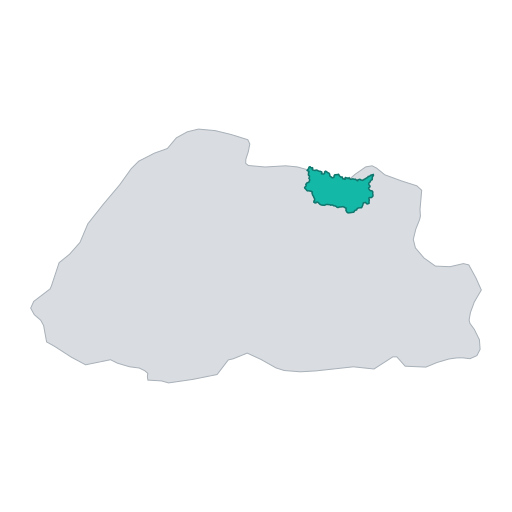 Kurtoe, Lhuntshi, Bhutan (highlighted)
{"feature_id": "84629894B57016809532633", "entity_name": "Kurtoe", "entity_type": "district", "adm_level": 2, "iso_a3": "BTN", "parent_name": "Bhutan", "parent_adm1": "Lhuntshi", "projection": "robinson", "projection_center": [90.998, 27.926], "detail": "fine", "context": "in_parent", "style": "filled", "palette": "teal", "viewbox_px": 512, "rotation_deg": 0, "n_neighbors": 0, "source": "geoboundaries", "source_scale": "gbopen_adm2", "svg_char_len": 7055}
<svg xmlns="http://www.w3.org/2000/svg" viewBox="0 0 512 512"><path d="M420.4,216.0L419.6,219.6L415.8,229.1L413.3,239.4L415.4,247.9L424.0,258.0L435.4,266.1L450.0,266.7L463.4,263.6L468.8,264.9L476.1,278.3L481.3,290.0L474.3,302.0L470.4,312.6L469.1,320.1L469.9,323.3L474.3,329.4L479.4,339.7L480.1,349.3L476.9,355.6L470.0,358.7L462.6,357.8L456.5,357.9L448.9,359.0L437.0,362.5L425.9,367.1L405.2,366.2L396.8,356.8L392.9,356.8L374.0,369.0L353.4,366.8L315.9,370.9L300.3,371.8L284.2,370.5L276.0,367.9L260.9,359.4L247.2,353.1L233.2,358.8L228.3,359.9L217.1,374.5L192.8,379.4L168.6,382.9L161.5,380.9L147.9,380.1L147.4,376.7L147.8,373.3L144.7,370.7L139.2,368.0L129.7,366.8L117.5,363.2L110.5,359.7L85.6,364.8L71.2,357.1L54.8,346.5L46.6,341.9L43.6,325.5L40.7,320.2L34.3,314.7L30.7,308.2L33.7,301.4L50.1,288.9L51.4,286.0L59.1,262.7L69.6,254.2L80.0,242.4L87.9,223.7L103.1,204.5L119.7,184.8L131.2,168.7L138.7,161.2L154.3,153.2L167.4,148.5L176.4,137.8L187.3,131.8L198.5,129.1L215.1,130.6L230.7,134.4L247.8,139.7L249.8,144.0L248.3,151.7L245.8,159.4L245.7,163.4L248.4,165.5L265.1,167.0L285.6,165.8L297.2,166.9L322.8,174.0L330.3,179.0L338.2,182.9L345.8,182.2L355.5,174.0L365.7,166.9L372.1,165.8L376.6,168.1L384.8,174.8L401.7,181.0L416.8,185.8L421.7,190.3L420.0,209.6L420.4,216.0Z" fill="#d9dde1" stroke="#a8b0b8" stroke-width="1"/><path d="M313.9,201.6L313.8,201.9L313.8,202.1L314.0,202.2L314.6,202.7L315.0,202.9L315.9,202.9L316.0,202.2L316.6,202.1L317.3,202.1L318.1,202.4L318.3,202.7L319.0,203.3L319.6,204.0L320.1,204.4L321.1,204.9L322.0,205.1L323.4,205.2L324.3,205.3L324.7,205.1L325.3,205.0L325.6,204.7L326.3,204.5L326.6,204.5L327.3,204.4L328.0,204.6L328.8,204.6L330.2,204.8L330.7,205.2L332.0,204.9L332.6,205.1L333.1,205.3L333.5,205.7L333.7,205.8L334.6,205.8L335.2,206.0L335.9,206.3L336.4,206.6L336.8,207.1L337.3,207.4L338.2,207.5L338.4,207.4L338.9,207.3L339.1,207.1L339.5,206.9L340.0,206.9L340.7,207.0L341.1,207.0L341.8,206.8L342.4,206.7L342.9,206.7L343.4,206.9L343.9,206.9L344.2,207.2L345.3,207.9L346.1,208.2L346.0,208.4L346.0,208.7L346.0,208.9L346.0,209.0L346.1,209.7L346.1,209.8L345.9,210.1L345.9,210.3L346.0,210.4L346.2,210.8L346.4,211.0L346.5,211.6L346.6,211.8L347.0,212.2L347.4,212.4L347.6,212.7L347.9,212.8L348.3,212.9L349.0,212.8L349.2,212.7L350.0,212.8L350.6,212.6L350.9,212.6L352.0,212.4L353.1,212.3L353.8,212.1L354.1,211.6L354.5,211.2L354.6,210.7L355.1,210.3L356.1,210.0L356.6,210.0L356.8,209.5L357.1,208.8L357.7,208.3L358.3,208.0L359.2,207.8L360.2,207.8L360.7,207.7L361.5,207.7L361.9,207.2L362.4,206.0L362.8,205.1L363.1,203.9L363.3,203.1L363.4,202.9L364.0,202.6L364.8,202.7L365.6,202.4L366.2,203.2L366.7,203.8L367.4,203.9L367.8,203.9L368.3,203.6L369.1,203.2L369.1,202.6L369.0,202.0L369.0,201.5L369.2,200.6L369.3,199.9L369.1,199.2L368.8,198.7L368.9,198.2L369.2,197.8L369.6,197.5L369.8,197.6L371.2,197.6L371.6,197.5L371.9,197.2L372.1,197.0L372.9,196.1L373.0,195.4L372.9,194.6L372.7,194.0L372.7,193.5L372.7,193.0L372.8,192.5L372.8,192.1L372.7,191.7L372.5,191.4L372.2,191.0L370.1,190.5L369.8,190.2L369.4,189.6L368.9,189.0L368.6,188.5L368.6,188.1L368.8,187.7L369.3,187.3L369.6,187.0L369.9,186.9L370.0,186.6L369.9,185.9L369.4,185.3L369.2,185.1L369.0,184.8L368.7,184.0L368.7,183.5L368.8,183.1L369.2,182.8L369.7,182.3L370.1,181.7L370.3,181.7L370.4,181.4L370.4,181.0L370.6,180.7L370.9,180.4L371.4,180.1L371.8,179.9L372.2,179.6L372.2,179.1L372.3,178.6L372.3,178.3L372.2,177.8L372.4,177.4L372.4,176.3L373.0,176.2L373.4,175.5L373.5,175.2L373.4,174.8L373.3,174.5L372.1,174.8L370.7,175.2L369.7,176.2L368.2,176.5L368.0,176.9L367.1,177.7L365.8,178.4L364.8,179.1L364.1,179.3L363.8,179.7L363.4,180.0L363.1,180.1L362.9,180.2L362.6,180.3L362.4,180.2L362.1,180.1L361.3,180.1L360.7,179.9L360.6,179.7L360.0,179.4L359.9,179.3L359.2,179.4L358.9,179.6L358.7,179.6L358.2,179.9L357.6,180.0L357.5,180.4L357.5,180.7L357.2,180.6L356.9,180.3L356.5,180.1L355.3,179.2L355.2,179.3L354.6,179.3L354.2,179.4L354.0,179.2L353.8,179.1L353.6,179.1L352.9,178.9L352.2,178.9L351.8,179.0L351.6,179.1L351.3,179.2L351.0,179.3L350.6,179.4L350.2,179.2L349.9,178.7L349.7,178.4L349.4,178.2L349.2,177.9L349.1,177.7L348.9,177.8L348.6,178.2L348.2,178.5L347.9,178.5L347.4,178.2L347.2,177.9L346.5,177.9L346.1,177.8L345.9,177.6L345.6,177.5L345.4,177.5L345.2,177.8L345.0,178.1L345.0,178.4L345.2,178.7L345.1,179.3L344.6,179.3L344.3,179.0L343.6,178.8L343.4,178.9L343.0,178.9L342.7,178.7L342.5,177.7L342.4,177.2L342.2,177.0L341.9,177.0L341.7,177.1L341.4,177.0L341.1,177.2L340.9,177.1L340.6,176.7L340.3,176.6L339.9,176.3L339.7,176.1L339.3,175.7L339.1,175.1L339.0,174.9L338.6,174.6L338.5,174.3L338.4,174.3L337.8,174.6L337.5,174.6L337.1,174.5L336.8,174.6L336.3,174.7L336.0,174.8L335.3,174.7L335.0,174.7L334.8,174.8L334.6,175.0L334.4,175.2L334.3,175.4L334.3,175.7L334.1,175.9L334.1,176.2L334.0,176.4L334.1,176.7L334.0,177.1L333.8,177.3L333.3,177.6L333.0,177.7L332.7,177.8L332.1,177.8L331.8,177.5L331.7,177.1L331.2,176.9L330.7,176.7L330.1,176.1L329.8,175.9L329.7,175.6L329.7,175.3L329.8,175.1L329.7,174.6L329.6,174.3L329.5,173.9L329.3,173.7L329.0,173.2L328.7,173.0L328.0,172.8L327.6,172.4L327.1,172.1L326.9,172.0L326.6,171.7L326.1,171.4L325.9,171.4L325.7,171.2L325.4,171.2L325.3,171.4L325.1,171.6L324.8,171.8L324.6,171.9L324.5,172.2L324.5,172.5L324.7,173.0L324.4,173.5L324.2,173.6L323.9,173.8L323.7,174.0L322.9,174.0L321.7,173.8L321.5,173.7L321.7,173.1L321.9,172.7L321.8,172.2L321.7,171.9L321.3,171.7L320.7,171.5L320.3,171.3L320.1,171.4L319.8,171.3L319.5,171.3L318.8,171.0L318.6,171.0L318.3,171.0L318.0,170.7L317.8,170.6L317.2,170.2L316.8,170.1L316.6,170.1L316.3,170.1L316.2,170.2L315.9,170.1L315.6,170.2L315.3,170.5L315.1,170.5L314.8,170.4L314.5,170.4L314.3,170.4L314.1,170.3L313.9,170.2L313.5,170.1L312.7,170.0L312.5,169.7L312.2,169.2L312.4,168.8L312.7,168.5L312.7,168.1L312.6,167.9L312.3,167.7L312.0,167.8L311.4,167.7L311.0,167.7L310.6,167.5L310.2,166.8L309.7,166.8L309.2,167.0L308.8,167.7L308.8,168.3L308.7,168.7L308.2,169.0L307.9,169.3L307.8,169.8L307.5,170.3L307.2,170.5L307.4,170.7L308.0,170.9L308.8,171.3L309.0,171.6L309.0,171.9L308.8,172.1L308.6,172.3L308.6,172.6L308.5,173.1L308.6,173.4L308.5,173.7L308.4,174.2L308.4,174.6L308.5,175.1L308.6,175.4L308.8,175.5L309.1,175.6L309.4,175.8L309.5,176.1L309.5,176.3L309.4,177.1L309.2,177.7L309.0,178.0L308.9,178.3L309.0,178.5L309.3,178.9L309.6,179.4L309.7,179.6L309.7,180.2L309.6,180.5L309.3,181.0L309.0,182.1L308.8,182.2L308.3,182.3L308.1,182.4L307.4,182.8L306.9,182.9L306.6,183.4L305.9,184.2L305.8,184.4L305.9,184.6L306.1,184.8L306.2,185.0L306.2,185.4L306.1,185.7L306.0,186.0L304.7,187.4L304.6,187.7L304.7,187.9L304.9,188.3L305.4,188.8L305.7,189.0L306.1,189.5L306.3,189.7L306.6,190.2L306.9,190.5L307.3,190.8L307.5,190.9L308.0,190.8L308.3,190.8L308.6,190.8L309.3,190.9L309.7,191.0L309.9,191.1L310.3,191.2L310.7,191.1L311.0,191.1L311.6,191.7L312.3,192.0L312.3,192.5L312.1,192.9L312.1,193.2L312.1,193.5L312.4,194.2L312.5,194.7L312.6,195.0L313.1,195.8L313.3,196.0L313.7,197.0L313.8,197.3L313.9,197.5L314.4,198.4L314.5,198.6L314.6,198.9L314.6,200.0L314.6,200.3L314.5,200.5L314.3,200.6L314.0,200.9L313.9,201.1L313.9,201.6Z" fill="#14b8a6" stroke="#0f766e" stroke-width="1.5"/></svg>